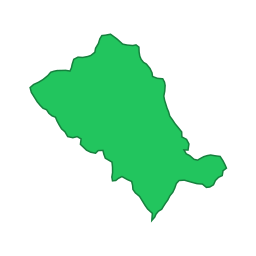 Agronômica, Santa Catarina, Brazil (Albers equal-area conic projection), rotated 149°
{"feature_id": "56859067B26785217747233", "entity_name": "Agronômica", "entity_type": "district", "adm_level": 2, "iso_a3": "BRA", "parent_name": "Brazil", "parent_adm1": "Santa Catarina", "projection": "albers", "projection_center": [-49.723, -27.321], "detail": "fine", "context": "isolated", "style": "filled", "palette": "green", "viewbox_px": 256, "rotation_deg": 149, "n_neighbors": 0, "source": "geoboundaries", "source_scale": "gbopen_adm2", "svg_char_len": 1745}
<svg xmlns="http://www.w3.org/2000/svg" viewBox="0 0 256 256"><g transform="rotate(149 128 128)"><path d="M94.7,217.4L99.6,219.2L102.8,220.7L106.1,219.0L109.8,215.7L114.7,213.1L117.4,210.0L122.5,209.3L125.7,210.0L130.5,211.8L134.4,214.5L139.1,214.8L143.0,211.4L145.5,208.7L148.4,206.7L151.7,209.5L155.1,211.4L159.1,213.7L162.2,214.8L165.5,215.6L169.7,214.2L176.0,213.3L181.1,213.3L186.5,213.9L191.1,213.1L192.5,208.3L192.4,202.7L192.3,197.1L191.6,192.5L190.7,188.7L188.4,185.6L188.2,181.2L186.9,177.6L184.6,174.6L185.2,170.6L185.4,166.0L185.4,161.5L184.0,157.2L184.1,151.7L180.3,148.1L176.0,146.8L173.8,142.8L177.2,138.5L175.0,130.4L172.5,126.5L168.8,123.1L165.2,124.0L161.0,121.7L162.2,118.0L163.0,113.8L161.0,110.2L159.3,107.0L161.4,102.5L164.2,97.7L167.1,94.3L168.5,90.7L165.5,89.3L162.4,89.8L158.2,89.5L155.1,84.1L152.4,80.3L153.6,76.5L155.4,72.8L155.1,68.6L153.3,63.4L153.2,52.6L152.9,48.5L151.1,42.3L155.2,36.5L151.1,37.8L148.4,39.7L144.8,41.0L141.0,41.0L137.6,42.8L134.3,44.4L131.2,45.7L126.9,48.4L122.8,49.8L118.9,52.4L115.2,55.5L111.3,56.7L106.6,54.3L102.4,49.8L97.6,44.8L93.1,41.6L91.4,36.7L88.3,35.3L84.0,35.3L80.1,38.0L75.8,39.1L71.7,38.7L68.6,42.4L64.3,42.9L63.8,46.7L63.5,51.1L63.7,56.2L67.5,59.2L71.1,62.3L74.2,63.5L77.8,64.4L81.7,64.6L84.9,64.6L87.6,67.2L89.3,72.5L91.4,75.9L91.3,80.4L87.9,78.2L84.0,82.9L83.7,88.1L86.4,92.6L84.0,97.0L84.7,102.2L85.5,107.5L85.7,112.3L86.1,116.6L84.9,121.0L84.3,125.0L83.4,128.6L82.4,132.8L80.9,136.9L77.5,140.7L74.3,145.3L73.1,148.5L72.9,152.3L77.3,155.5L80.4,159.5L79.0,162.9L78.5,167.7L79.3,173.3L80.9,176.3L81.4,180.0L80.9,183.5L79.4,187.3L77.0,191.7L78.3,195.1L81.4,196.2L86.1,199.6L89.4,202.7L91.5,209.7L93.3,214.1L94.7,217.4Z" fill="#22c55e" stroke="#15803d" stroke-width="1.5"/></g></svg>